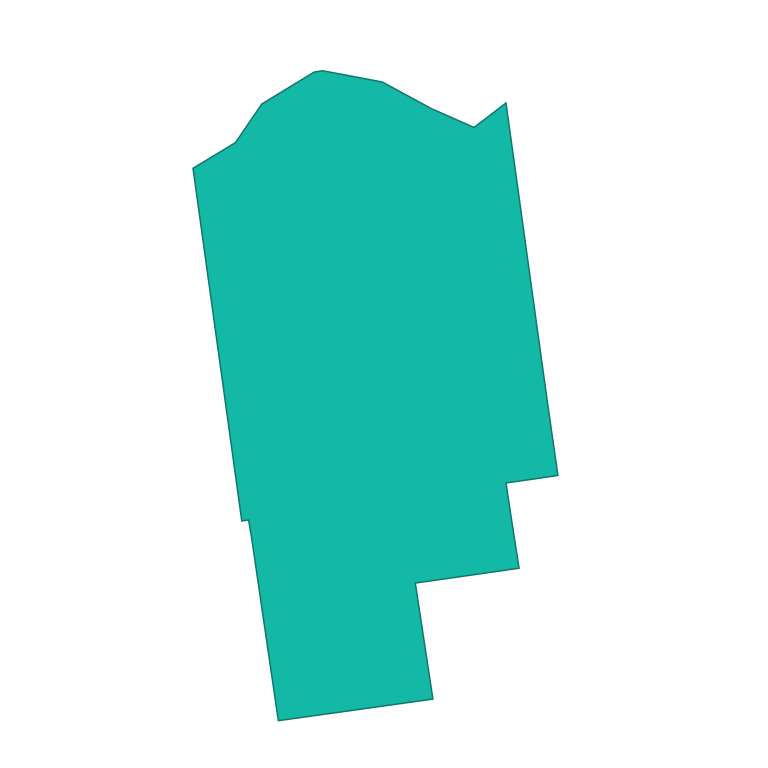 Jasper, Indiana, United States of America, rotated 352°
{"feature_id": "52423323B69919986671378", "entity_name": "Jasper", "entity_type": "district", "adm_level": 2, "iso_a3": "USA", "parent_name": "United States of America", "parent_adm1": "Indiana", "projection": "natural_earth1", "projection_center": [-87.091, 41.011], "detail": "fine", "context": "isolated", "style": "filled", "palette": "teal", "viewbox_px": 768, "rotation_deg": 352, "n_neighbors": 0, "source": "geoboundaries", "source_scale": "gbopen_adm2", "svg_char_len": 443}
<svg xmlns="http://www.w3.org/2000/svg" viewBox="0 0 768 768"><g transform="rotate(352 384 384)"><path d="M543.9,122.7L508.8,142.5L469.2,117.9L424.3,84.7L366.7,65.2L358.2,65.4L302.0,89.7L277.5,116.6L270.6,124.2L224.9,143.8L224.1,499.8L231.0,499.8L231.5,519.2L232.5,702.7L388.6,702.8L387.3,585.5L492.1,585.2L491.2,517.6L491.1,499.0L543.5,498.8L543.3,423.5L543.8,197.4L543.9,122.7Z" fill="#14b8a6" stroke="#0f766e" stroke-width="1.5"/></g></svg>